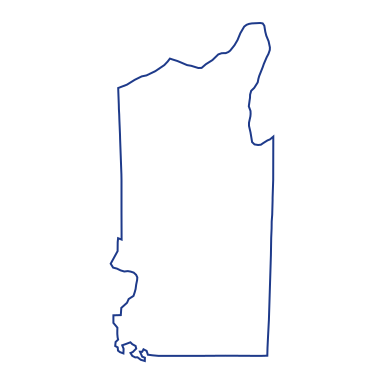 the district of Terra Roxa, Paraná, Brazil
{"feature_id": "56859067B44295253149828", "entity_name": "Terra Roxa", "entity_type": "district", "adm_level": 2, "iso_a3": "BRA", "parent_name": "Brazil", "parent_adm1": "Paraná", "projection": "mercator", "projection_center": [-54.077, -24.189], "detail": "fine", "context": "isolated", "style": "outline", "palette": "blue", "viewbox_px": 384, "rotation_deg": 0, "n_neighbors": 0, "source": "geoboundaries", "source_scale": "gbopen_adm2", "svg_char_len": 1936}
<svg xmlns="http://www.w3.org/2000/svg" viewBox="0 0 384 384"><path d="M169.9,58.6L167.7,61.5L164.3,65.1L155.4,71.1L146.5,75.4L141.7,76.4L134.8,79.8L126.9,84.7L118.2,88.0L118.3,91.3L118.8,104.6L118.9,109.1L119.2,114.5L119.4,120.4L119.7,127.5L120.0,134.8L120.1,138.9L121.4,174.2L121.5,180.2L121.5,195.8L121.5,212.4L121.6,239.6L118.1,238.2L117.7,242.1L117.6,251.1L110.7,263.7L113.1,267.6L116.9,268.6L120.6,270.4L124.3,271.5L127.8,271.1L130.6,271.6L133.7,272.6L136.1,274.8L137.3,277.4L137.1,280.2L136.2,284.5L135.6,289.0L134.7,292.3L133.5,295.9L128.7,299.0L127.0,302.8L121.3,307.9L120.8,315.1L113.4,315.3L113.4,322.9L117.4,327.7L117.3,331.2L117.3,334.0L117.6,337.3L118.1,339.6L115.6,342.0L115.2,346.0L117.7,347.4L118.0,350.6L119.9,352.1L123.4,353.4L123.6,348.8L122.2,345.3L125.9,344.0L130.4,342.3L132.3,344.2L135.6,346.0L136.2,348.6L132.8,352.0L130.5,353.0L132.3,355.9L135.2,357.4L137.5,357.3L140.8,359.8L144.8,361.0L144.9,357.7L142.2,356.7L140.0,351.7L142.2,351.8L143.5,349.3L146.6,350.9L147.9,354.7L152.4,355.3L158.8,355.9L181.9,355.9L195.4,355.9L225.2,355.7L244.9,355.8L260.3,355.9L267.3,355.7L267.5,347.8L267.9,339.4L268.7,323.7L268.9,320.0L270.9,255.3L271.2,237.8L271.6,228.6L271.7,221.5L272.2,214.8L272.6,200.4L272.6,197.9L273.2,179.8L273.3,136.6L270.0,139.4L267.5,140.4L263.2,143.1L260.9,144.7L258.1,145.0L254.5,144.4L252.1,142.1L250.5,132.4L249.0,125.9L249.0,122.7L250.4,116.3L250.6,113.9L250.5,111.0L248.8,106.3L249.6,100.4L250.0,97.9L250.1,94.6L251.2,90.8L254.2,87.9L257.7,82.4L258.4,78.8L259.2,76.0L262.7,67.2L263.8,64.0L266.7,57.2L268.4,54.0L269.8,50.0L269.9,47.4L268.6,41.3L266.3,35.7L265.3,31.8L264.3,25.7L262.7,23.4L260.2,23.0L251.9,23.4L249.0,23.9L246.6,24.8L244.2,26.6L240.4,33.1L237.5,40.1L234.5,45.2L230.2,50.6L228.4,52.0L225.8,53.1L221.7,53.2L218.3,54.4L212.4,60.1L205.9,64.2L201.6,67.9L198.3,68.0L191.2,65.8L187.1,65.1L181.5,62.7L177.4,61.0L172.6,59.5L169.9,58.6Z" fill="none" stroke="#1e3a8a" stroke-width="2"/></svg>